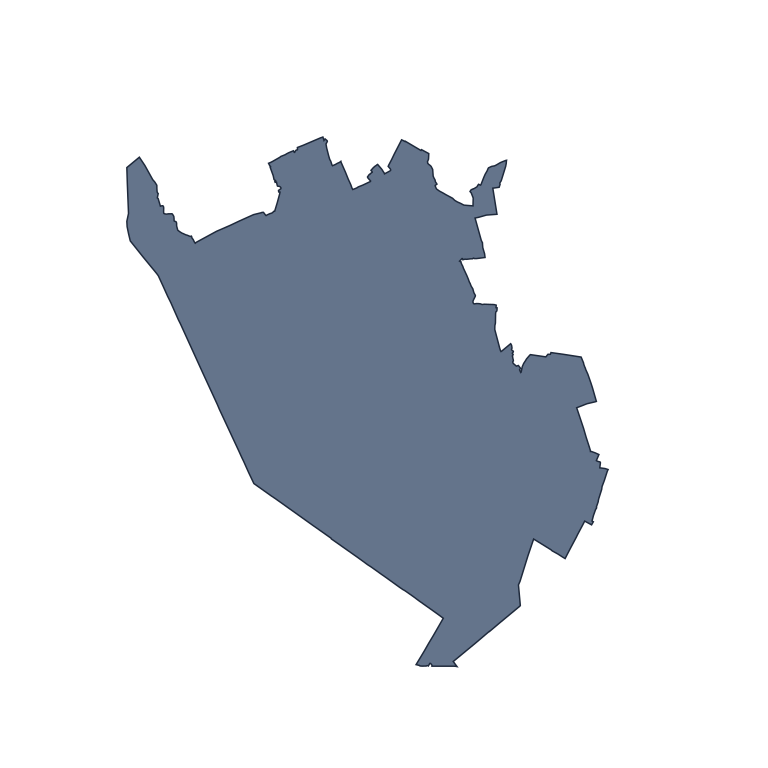 Dobromir, Constanta, Romania (Equal Earth projection), rotated 72°
{"feature_id": "2599482B21498804954375", "entity_name": "Dobromir", "entity_type": "district", "adm_level": 2, "iso_a3": "ROU", "parent_name": "Romania", "parent_adm1": "Constanta", "projection": "equal_earth", "projection_center": [27.791, 44.013], "detail": "fine", "context": "isolated", "style": "filled", "palette": "slate", "viewbox_px": 768, "rotation_deg": 72, "n_neighbors": 0, "source": "geoboundaries", "source_scale": "gbopen_adm2", "svg_char_len": 6144}
<svg xmlns="http://www.w3.org/2000/svg" viewBox="0 0 768 768"><g transform="rotate(72 384 384)"><path d="M534.6,197.3L532.7,199.9L530.4,204.7L525.8,202.5L525.3,202.5L524.9,202.6L523.5,204.8L522.5,205.7L517.5,201.4L514.6,204.6L512.3,207.6L512.0,208.5L511.4,208.3L507.8,208.2L497.2,208.2L488.0,207.9L466.1,208.1L465.9,203.4L465.5,197.1L466.2,188.7L466.2,187.4L452.2,186.9L446.9,186.9L437.7,187.1L432.3,187.7L431.3,187.6L429.9,187.8L426.9,187.9L425.6,187.7L419.3,188.2L410.9,204.8L405.7,215.5L407.2,216.6L406.4,218.9L408.2,221.7L401.3,235.7L401.7,236.6L404.2,240.7L405.6,242.3L407.6,244.8L410.2,247.1L415.1,249.9L415.3,250.4L412.4,250.7L411.2,249.3L407.9,250.5L407.9,252.6L404.4,254.7L403.6,254.8L403.1,254.8L402.5,254.6L402.0,253.8L400.2,253.5L399.9,253.6L398.5,253.4L398.1,253.2L397.1,253.3L396.4,252.8L396.1,252.1L395.2,252.2L394.4,252.5L394.0,252.1L393.7,251.4L393.2,251.0L392.9,250.9L392.4,251.1L391.8,251.7L390.9,252.0L390.4,252.0L390.0,251.7L389.5,251.2L389.1,251.1L386.7,250.7L385.3,250.9L384.8,251.1L389.0,261.6L389.3,262.7L388.3,262.9L386.0,262.9L366.4,261.8L362.7,260.5L360.5,259.2L351.5,256.1L350.3,255.5L349.9,255.2L349.6,254.4L349.2,254.0L348.1,253.5L346.5,252.9L346.0,253.9L343.7,252.9L342.6,254.5L342.0,256.0L341.0,258.8L339.1,264.0L338.7,266.2L337.7,267.3L336.9,268.9L336.1,271.1L335.7,273.4L335.4,273.8L334.7,274.1L333.7,274.1L332.8,273.8L331.9,273.1L328.9,270.2L328.3,269.8L327.5,269.8L325.6,270.2L324.6,270.3L320.9,270.1L318.5,270.7L317.3,270.9L314.8,271.0L313.7,271.3L310.3,271.4L306.5,271.7L298.4,272.7L296.5,272.7L294.1,273.1L292.2,273.2L291.7,273.0L291.0,273.8L290.5,274.2L288.8,271.1L289.0,270.6L290.2,270.6L290.3,268.4L290.9,267.0L291.5,264.2L291.5,263.6L291.7,263.1L292.3,260.9L291.9,260.2L292.2,259.6L292.7,259.2L293.3,257.3L294.9,248.8L291.3,248.1L284.8,247.9L280.7,246.9L280.3,246.7L277.5,247.1L254.3,246.1L254.7,242.6L255.0,234.4L257.5,224.1L231.4,220.0L232.5,213.7L230.0,211.9L228.8,211.8L228.4,211.5L227.2,210.0L226.5,209.4L214.6,201.0L212.7,200.0L212.5,199.8L209.6,198.6L209.1,198.3L209.0,198.9L209.2,202.4L209.4,204.9L210.4,209.4L210.7,211.5L210.3,214.4L210.7,217.7L211.1,218.3L213.1,220.0L215.8,223.0L218.4,225.3L224.5,230.3L224.7,230.8L223.3,232.3L223.8,233.1L225.2,234.7L226.0,238.0L225.9,239.0L226.2,239.3L226.1,240.9L227.4,242.7L227.8,242.6L229.1,242.0L234.7,241.7L239.2,243.3L242.1,244.3L238.8,252.2L238.5,252.8L235.9,255.3L233.6,257.9L231.2,260.0L228.5,261.4L223.0,266.7L220.6,268.8L217.7,271.6L214.9,273.7L214.1,273.9L211.6,274.1L211.0,274.0L210.9,273.8L210.3,271.9L209.5,272.0L207.8,272.6L205.5,272.4L203.8,272.8L201.5,273.0L195.0,271.4L191.8,271.9L190.8,272.3L188.9,273.6L187.7,274.2L185.9,273.9L184.1,272.3L183.2,271.9L178.7,270.2L172.7,275.9L173.3,276.7L159.6,288.8L159.9,289.1L158.2,290.7L157.2,291.8L168.6,303.3L172.7,307.2L177.3,311.9L178.3,312.8L181.4,311.5L182.6,311.5L183.2,312.4L184.3,318.6L183.3,318.6L181.5,319.2L180.2,319.4L178.7,319.9L173.2,322.2L173.4,323.1L173.8,324.0L174.0,325.0L174.9,327.2L176.8,330.4L177.0,330.4L178.2,329.7L179.0,329.8L179.3,330.9L180.1,332.5L180.0,332.8L180.7,334.1L181.5,335.0L181.8,335.6L182.1,335.7L182.6,335.8L184.6,335.0L186.6,334.1L186.8,334.0L187.2,334.3L188.3,342.8L188.6,347.6L189.1,349.3L189.3,351.8L189.3,352.4L189.4,353.6L187.8,353.9L184.1,354.0L178.1,354.7L170.7,355.2L159.9,356.3L158.9,356.2L159.5,357.9L159.7,360.1L160.2,362.4L160.5,365.5L159.5,365.8L155.6,365.8L153.8,366.2L153.1,366.2L149.7,366.1L142.0,365.6L137.8,365.0L136.3,363.4L135.7,362.9L135.0,362.9L132.7,364.3L133.8,365.8L130.2,365.8L130.3,368.6L132.0,387.3L132.3,393.3L134.1,393.7L134.4,393.9L134.5,394.2L134.4,395.0L134.6,395.7L135.2,396.5L136.1,397.4L136.0,397.7L135.4,397.9L134.2,398.1L134.6,403.2L134.9,405.1L135.4,407.2L135.7,411.8L136.2,413.1L137.9,421.3L138.2,423.2L138.4,425.6L141.7,425.1L141.8,424.8L142.4,424.7L142.8,425.3L151.6,425.0L155.6,425.4L156.8,424.4L157.2,424.3L157.4,425.2L158.6,425.2L158.8,423.9L162.6,424.2L163.0,424.0L163.6,422.6L164.5,421.7L165.5,421.4L166.4,421.7L167.3,424.5L168.8,424.8L169.4,423.6L171.3,424.7L178.9,429.7L185.9,434.6L185.7,435.5L186.4,436.7L186.8,438.0L186.7,439.7L187.1,443.2L187.4,444.1L187.2,444.3L183.5,445.6L183.3,446.1L183.1,447.4L183.2,447.5L182.6,455.7L184.2,470.5L185.6,481.4L187.0,496.0L191.2,518.6L191.4,519.3L191.7,519.7L191.8,520.0L190.3,520.5L187.8,520.8L185.7,521.5L184.1,521.4L183.8,521.5L183.8,522.7L181.8,525.0L180.8,526.5L178.9,528.5L178.0,529.6L176.4,530.9L174.2,532.5L173.6,532.6L169.9,532.4L168.6,532.1L167.6,531.7L166.3,531.5L165.9,531.5L165.2,531.8L164.3,533.1L163.6,533.1L161.6,532.5L159.6,532.1L157.4,532.6L156.7,532.9L156.5,533.3L155.5,536.6L155.2,538.5L154.3,540.1L153.7,540.7L152.1,540.4L150.2,539.7L149.2,539.4L148.6,539.1L146.9,538.9L146.1,539.3L145.8,540.6L145.8,541.7L137.9,541.5L137.0,542.1L133.1,539.9L132.5,540.2L131.6,540.4L130.7,540.3L127.9,539.6L125.0,538.7L124.5,538.7L121.0,539.6L118.2,540.8L102.3,543.9L92.7,546.6L98.7,561.7L113.8,566.1L142.9,574.3L149.8,578.3L155.0,579.7L162.1,580.5L169.5,581.1L188.7,573.9L208.6,566.1L211.3,565.2L223.2,563.8L229.7,563.1L231.3,562.9L233.4,562.7L240.8,561.6L259.4,559.7L264.0,559.0L317.7,552.9L352.3,548.8L357.1,548.4L403.5,542.7L409.8,542.0L414.1,541.4L426.3,540.1L438.5,538.5L455.6,525.8L459.4,522.8L497.5,494.6L514.3,482.0L515.0,482.0L541.0,462.5L550.7,455.5L554.0,452.8L564.3,445.2L566.1,443.8L572.2,439.3L581.9,432.2L585.3,429.6L586.9,428.1L595.4,421.7L600.8,417.9L619.1,404.3L625.1,400.0L638.3,414.6L644.2,421.4L650.3,428.1L660.8,440.2L662.7,437.2L663.3,436.9L664.1,434.9L665.3,430.9L665.1,430.2L665.4,429.5L665.9,429.0L663.9,426.8L664.1,426.1L665.5,425.5L666.5,425.3L667.2,425.6L673.9,405.0L674.4,403.6L675.3,401.9L669.3,403.9L658.4,376.3L651.8,360.3L652.0,360.2L647.1,348.2L637.2,323.3L636.8,322.8L616.6,318.2L613.7,315.6L591.9,300.2L577.7,289.6L593.4,276.3L594.7,275.6L599.5,271.1L603.2,268.1L606.0,265.7L602.8,262.5L597.2,256.8L589.0,248.3L587.2,246.6L579.1,238.2L576.4,235.5L582.1,230.1L579.9,227.7L579.7,227.5L579.0,228.3L578.6,228.5L573.9,225.5L568.8,221.6L567.8,220.3L567.3,220.0L566.6,220.0L562.1,216.6L561.3,216.3L559.3,215.1L551.6,209.6L548.9,208.3L543.9,204.3L536.0,198.6L534.6,197.3Z" fill="#64748b" stroke="#1e293b" stroke-width="1.5"/></g></svg>